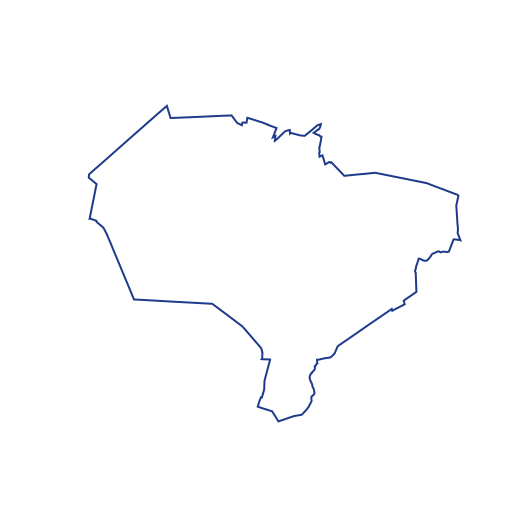 outline of Bladel, Noord-Brabant, Netherlands, rotated 111°
{"feature_id": "6326949B15659642618503", "entity_name": "Bladel", "entity_type": "district", "adm_level": 2, "iso_a3": "NLD", "parent_name": "Netherlands", "parent_adm1": "Noord-Brabant", "projection": "robinson", "projection_center": [5.245, 51.371], "detail": "fine", "context": "isolated", "style": "outline", "palette": "blue", "viewbox_px": 512, "rotation_deg": 111, "n_neighbors": 0, "source": "geoboundaries", "source_scale": "gbopen_adm2", "svg_char_len": 5394}
<svg xmlns="http://www.w3.org/2000/svg" viewBox="0 0 512 512"><g transform="rotate(111 256 256)"><path d="M232.0,93.4L214.4,100.9L214.3,101.1L213.4,102.0L213.1,102.1L210.0,102.4L208.4,102.8L206.5,102.8L204.3,102.9L203.4,102.9L200.2,103.2L200.1,102.9L200.0,102.7L199.9,102.4L199.8,102.1L199.8,101.9L199.9,101.5L199.9,101.1L200.0,100.7L200.0,100.3L200.0,100.0L200.1,99.3L200.1,98.7L200.2,98.1L200.2,97.7L200.1,97.3L200.1,97.2L200.0,96.8L199.4,95.4L199.3,95.2L199.1,94.9L198.7,94.7L198.2,94.4L196.5,93.7L195.6,93.4L194.7,93.1L194.4,93.0L194.2,92.9L193.6,92.8L192.0,92.6L191.7,92.5L191.2,92.3L190.9,92.1L190.6,91.9L188.3,89.6L186.8,88.1L186.6,87.9L186.4,87.6L186.3,87.4L186.2,87.1L186.2,86.8L186.2,86.5L186.4,85.7L186.4,85.3L186.4,85.0L186.3,84.7L186.1,84.5L185.3,83.5L185.2,83.4L184.9,83.0L184.9,82.9L184.8,82.7L184.7,82.5L184.6,82.1L184.3,80.9L184.1,79.9L183.8,79.1L183.7,79.0L183.6,78.7L183.4,78.4L183.1,77.9L182.9,77.6L182.7,77.5L169.7,77.5L169.5,77.1L169.2,76.1L168.8,74.5L168.4,72.8L168.3,72.6L168.3,72.4L168.2,72.3L168.2,72.2L168.1,71.8L168.1,71.5L168.0,71.1L168.0,70.9L162.3,76.0L158.6,77.0L153.9,79.4L147.9,82.1L137.1,87.1L127.2,88.6L126.6,90.0L126.7,92.5L126.8,112.4L126.8,122.6L130.8,146.4L135.6,174.6L140.2,183.7L143.2,189.8L145.1,193.6L149.5,202.3L144.0,214.0L141.5,219.4L141.7,219.5L142.2,219.9L142.0,221.3L145.7,224.2L138.2,230.0L140.5,232.3L136.6,234.1L136.1,233.8L133.8,235.0L131.7,235.9L131.6,235.7L130.6,235.8L121.5,237.5L121.1,237.7L121.4,238.6L120.9,239.7L120.7,240.2L120.6,240.4L120.7,240.7L120.7,240.9L120.7,241.1L120.7,241.6L120.7,242.4L120.7,243.5L120.7,243.8L120.4,246.3L116.7,244.0L116.2,243.7L115.6,243.3L115.6,243.0L114.9,242.6L114.6,242.5L114.1,242.5L113.6,242.4L112.7,242.3L109.6,242.7L111.8,245.3L112.2,245.6L112.4,245.8L119.4,249.6L121.5,250.8L125.8,253.3L126.1,253.4L126.3,253.7L126.5,253.9L126.6,254.2L127.3,257.1L127.6,258.1L127.7,258.7L128.0,262.0L128.3,264.6L128.6,267.2L128.6,267.4L128.7,267.6L128.9,267.7L129.1,267.9L129.5,268.1L126.2,269.7L128.1,272.3L128.7,273.0L129.0,273.3L129.7,273.8L131.4,274.6L136.4,276.9L138.1,277.7L138.7,278.0L139.1,278.2L139.5,278.4L141.6,279.7L137.0,280.9L139.1,282.7L134.6,282.7L129.2,282.7L129.2,283.6L129.3,291.6L129.3,291.9L129.1,291.9L129.1,292.2L129.1,293.1L129.1,296.8L129.1,298.2L129.3,301.2L129.6,306.2L130.0,313.2L130.1,313.6L133.6,312.9L134.9,312.6L136.3,316.5L138.3,316.2L138.5,316.2L139.0,316.1L138.5,321.2L138.5,321.3L138.4,321.5L133.5,329.2L134.9,332.3L136.6,336.4L149.1,365.0L157.8,385.2L147.8,393.0L160.7,399.9L177.4,408.6L193.4,417.0L209.4,425.3L225.3,433.6L233.2,437.8L239.6,441.1L242.8,440.2L246.0,430.6L280.8,424.7L280.6,424.4L280.5,424.0L280.4,420.9L280.3,417.9L280.3,417.7L280.6,417.5L280.9,417.3L281.1,417.2L281.3,417.0L282.6,413.3L284.2,408.8L285.1,407.7L286.1,406.4L286.6,405.9L287.8,404.6L288.7,403.5L289.2,403.1L289.3,402.8L289.6,402.7L294.1,398.3L295.7,396.7L303.6,389.3L312.9,380.4L324.9,369.0L332.3,361.9L340.3,354.3L336.4,342.3L332.4,329.7L328.3,316.9L322.0,297.4L316.3,279.7L321.2,262.3L325.3,248.1L326.4,244.0L328.6,239.7L330.6,236.0L331.6,234.1L336.6,224.8L340.2,218.1L343.7,215.5L343.9,215.5L343.9,215.4L344.0,215.3L350.0,213.4L350.2,213.5L350.1,213.0L350.0,212.9L349.2,210.4L349.0,209.9L348.2,207.7L347.7,206.3L347.6,206.0L347.6,205.7L369.3,203.4L369.8,203.2L377.8,200.5L385.9,199.8L386.1,200.7L386.5,200.7L390.2,200.8L391.8,200.7L396.0,200.4L395.9,196.3L395.5,190.3L395.3,185.7L395.2,185.3L396.6,183.5L398.0,181.6L398.7,180.6L402.4,175.8L399.9,172.8L398.6,171.2L396.7,169.0L395.6,167.7L391.8,163.1L388.1,156.9L387.9,156.5L387.8,156.4L387.6,156.3L381.7,153.9L381.4,153.8L380.7,153.6L380.3,153.5L379.4,153.2L378.4,152.9L378.1,152.9L377.2,152.7L376.0,152.6L374.9,152.5L373.5,152.3L372.6,152.2L371.8,152.1L371.7,152.1L371.0,152.4L370.2,152.8L369.8,153.0L368.9,153.3L368.1,153.6L367.4,153.9L366.7,153.4L366.3,153.2L366.0,152.9L365.9,152.9L365.5,152.7L364.7,152.5L364.1,152.3L363.9,152.3L363.5,152.2L363.3,152.2L363.0,152.3L362.5,152.6L361.7,153.0L361.4,153.2L360.8,153.6L359.7,154.3L359.2,154.7L359.0,154.9L358.9,155.0L358.2,155.8L357.8,156.3L357.5,156.6L357.4,156.7L357.2,156.8L356.5,157.1L356.3,157.2L356.1,157.3L355.6,157.8L355.2,158.2L355.1,158.3L354.8,158.5L354.5,158.7L353.1,160.4L353.0,160.5L352.9,160.6L352.6,160.7L352.4,160.9L352.2,161.1L351.9,161.3L351.6,161.6L351.2,161.8L350.7,162.0L350.5,162.3L350.3,162.4L350.0,162.5L349.6,162.6L348.7,162.7L348.4,162.8L347.9,162.8L346.8,162.5L346.7,162.5L346.1,162.5L345.4,162.4L345.2,162.2L345.1,161.9L344.9,161.8L344.7,161.9L344.4,161.9L344.1,161.8L343.9,161.7L343.2,161.4L342.6,161.2L342.0,160.9L341.7,160.7L341.3,160.6L341.1,160.6L340.7,160.6L340.4,160.6L340.2,160.7L339.8,160.8L339.2,161.0L338.7,161.3L338.2,161.5L337.7,161.7L336.9,160.9L335.5,160.9L335.2,160.8L334.9,160.5L334.7,160.4L334.5,160.2L334.4,160.2L334.2,160.2L334.0,160.4L333.8,160.5L333.4,160.7L332.9,161.0L332.3,161.3L331.7,161.6L331.1,161.8L331.1,161.7L330.9,161.3L330.8,161.2L330.7,161.0L330.5,160.8L330.4,160.7L330.1,160.2L329.9,159.7L328.7,158.0L328.5,157.7L328.4,157.5L327.3,155.8L327.2,155.6L326.6,154.9L326.3,154.4L326.2,154.1L326.1,153.9L325.9,153.6L325.7,153.2L325.4,152.5L325.1,151.9L324.8,151.5L324.7,151.3L324.6,151.2L324.3,150.6L324.1,150.6L323.8,150.2L323.2,149.7L322.9,149.5L318.8,147.7L310.9,147.4L301.6,141.0L288.3,131.9L280.6,126.7L268.3,118.2L256.8,110.3L258.3,109.2L247.8,99.9L244.7,102.1L232.0,93.4Z" fill="none" stroke="#1e3a8a" stroke-width="2"/></g></svg>